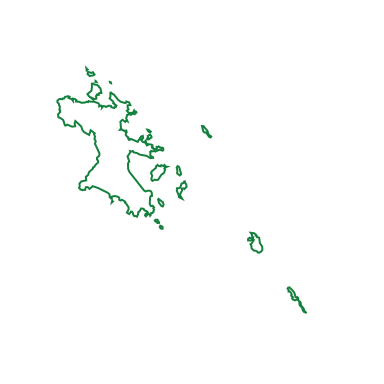 Mueang Phuket, Phuket, Thailand, rotated 304°
{"feature_id": "78962969B33531913696438", "entity_name": "Mueang Phuket", "entity_type": "district", "adm_level": 2, "iso_a3": "THA", "parent_name": "Thailand", "parent_adm1": "Phuket", "projection": "robinson", "projection_center": [98.375, 7.727], "detail": "fine", "context": "isolated", "style": "outline", "palette": "green", "viewbox_px": 384, "rotation_deg": 304, "n_neighbors": 0, "source": "geoboundaries", "source_scale": "gbopen_adm2", "svg_char_len": 5997}
<svg xmlns="http://www.w3.org/2000/svg" viewBox="0 0 384 384"><g transform="rotate(304 192 192)"><path d="M134.0,95.7L132.3,96.0L131.9,98.0L131.0,98.4L131.9,98.4L132.1,100.0L132.8,100.2L133.9,102.2L136.6,101.3L137.7,102.7L137.2,105.3L141.3,106.4L142.8,112.0L144.2,122.3L144.0,124.9L141.9,126.4L141.3,128.3L141.7,129.2L143.2,128.1L144.5,129.1L145.8,130.9L146.7,133.8L146.5,135.0L144.8,136.0L144.9,137.4L146.4,138.3L146.6,142.0L145.7,142.4L145.8,143.3L143.8,148.1L142.0,149.2L138.5,149.6L138.6,152.3L141.7,152.4L142.1,153.1L141.9,154.3L140.4,155.8L139.7,157.7L140.5,158.5L140.7,160.2L143.3,159.8L145.3,158.7L146.3,159.3L149.9,159.0L151.0,161.3L150.2,162.9L150.8,166.0L149.4,168.0L149.6,169.7L148.9,170.6L149.6,170.7L150.5,169.7L151.7,169.8L151.9,170.6L153.8,171.3L154.6,170.6L156.1,170.5L156.9,169.0L158.1,169.1L158.6,167.0L157.3,165.7L158.5,163.6L164.4,160.2L165.7,160.1L166.5,161.0L168.9,159.0L169.6,157.7L169.5,156.4L168.1,154.3L166.5,153.2L166.4,151.5L173.6,129.0L175.4,126.2L178.4,124.0L180.1,122.9L182.2,123.0L185.4,118.7L190.6,118.6L191.3,117.8L191.8,119.4L192.9,120.0L192.3,121.7L193.5,124.4L193.8,127.9L196.6,134.1L196.8,138.6L198.6,140.7L199.1,140.2L198.7,138.0L199.2,136.8L201.6,135.5L201.7,134.9L202.7,135.0L203.3,135.2L203.7,136.6L205.2,138.2L205.0,139.0L208.9,141.4L209.8,144.5L210.8,144.8L212.2,143.6L212.2,142.6L211.3,142.2L211.1,138.8L210.2,138.6L209.7,137.5L208.1,138.7L206.3,136.4L206.3,134.2L206.8,133.6L207.4,134.1L207.6,133.4L208.7,133.1L208.6,131.9L207.1,128.7L206.0,129.1L205.4,128.6L206.6,126.3L207.4,126.5L208.4,124.9L206.4,124.6L206.0,122.9L206.6,121.2L209.5,121.3L211.0,119.8L209.3,118.7L208.4,119.2L207.6,118.7L206.7,119.7L205.7,118.7L203.2,119.0L201.9,111.8L201.1,111.0L200.3,111.2L200.0,110.4L200.5,109.3L201.7,108.8L201.5,107.3L202.5,104.9L204.1,104.5L204.5,103.6L205.3,104.2L206.2,103.1L204.5,100.9L204.8,99.5L203.3,97.5L205.0,97.6L210.3,93.3L213.0,94.0L212.8,97.5L214.5,97.6L214.6,98.9L216.2,96.3L219.7,95.1L221.6,96.9L221.8,98.2L224.0,99.1L224.4,101.0L225.6,100.8L226.6,101.6L227.1,101.3L227.3,100.5L226.8,99.5L227.3,98.4L224.9,98.8L222.1,95.6L223.0,92.5L225.0,93.2L226.2,91.2L227.9,90.2L229.6,92.3L231.1,89.7L230.3,86.9L229.0,87.3L228.3,86.8L226.9,82.2L227.1,79.1L229.2,72.6L228.8,71.4L229.2,69.3L228.7,68.8L225.2,71.2L223.5,71.4L222.9,75.9L222.0,77.6L221.5,77.4L221.4,81.0L220.0,81.2L220.0,80.4L218.1,80.6L217.2,77.7L218.0,76.7L217.1,74.8L214.4,73.1L214.4,71.8L213.6,70.4L211.6,70.2L212.9,69.5L212.9,68.5L211.1,67.1L212.6,66.4L213.2,64.6L212.0,60.1L209.9,57.0L209.6,55.4L208.3,55.5L207.8,54.1L206.5,53.4L204.2,50.6L203.7,47.9L202.1,45.2L203.5,44.9L203.6,43.2L202.8,41.1L201.0,42.3L201.7,40.3L201.0,37.2L202.4,37.3L202.3,35.9L199.9,33.6L197.8,33.6L197.2,32.5L196.4,32.6L195.2,30.2L192.6,29.3L191.1,30.3L190.7,32.4L189.6,33.2L188.9,34.8L186.3,35.9L186.2,36.9L185.2,37.0L184.7,38.0L181.4,37.5L179.3,39.4L179.8,42.7L179.6,45.1L176.3,49.2L176.3,50.0L178.2,51.0L179.1,56.1L181.2,58.4L183.3,56.3L185.6,55.6L184.4,63.5L182.0,66.7L181.3,68.9L181.8,74.8L186.5,73.5L186.3,78.5L185.2,78.5L183.6,80.7L181.5,81.4L180.2,83.9L177.8,84.5L172.2,93.8L170.1,94.8L167.3,94.1L165.8,95.1L165.6,96.4L164.1,97.7L160.3,96.8L158.4,97.0L157.1,96.2L156.1,96.8L150.7,95.5L148.0,96.4L145.2,95.5L142.5,97.8L139.0,94.4L136.0,94.0L134.0,95.7ZM192.4,268.8L192.5,266.4L191.0,263.5L190.3,265.5L189.0,266.6L188.7,268.1L187.5,268.6L186.3,265.3L184.5,264.7L183.2,265.6L184.6,267.8L186.6,268.9L186.8,270.1L182.5,270.2L181.5,269.7L180.5,271.4L178.6,272.9L178.0,275.8L178.9,277.7L179.1,279.6L178.6,280.3L179.1,281.5L180.8,282.5L183.4,282.7L186.0,280.7L187.7,276.8L191.7,273.2L190.9,271.0L191.9,270.1L191.5,269.2L192.4,268.8ZM191.8,148.6L186.2,147.0L185.2,147.7L184.6,147.5L183.3,149.9L180.5,150.8L179.3,151.8L179.1,153.0L181.4,154.2L181.8,155.6L183.2,157.0L189.4,157.0L192.3,158.1L195.7,157.1L195.9,156.0L196.9,155.8L199.0,157.2L198.5,156.1L198.9,154.0L197.7,154.0L197.0,151.5L195.8,151.7L194.8,149.2L195.2,148.3L193.2,147.8L191.8,148.6ZM226.8,49.6L226.0,48.5L225.4,48.6L223.1,50.4L219.6,52.0L214.7,50.5L213.7,53.3L213.5,57.5L214.1,56.7L214.5,59.3L215.6,60.3L216.3,60.4L217.7,58.8L218.8,58.9L220.0,60.0L220.1,59.0L221.3,60.0L222.2,59.8L223.4,61.5L226.8,58.0L226.9,56.5L227.6,55.6L227.6,53.3L226.5,50.9L226.8,49.6ZM189.3,179.7L188.0,179.2L186.8,177.5L184.5,178.7L181.7,183.2L180.4,184.0L180.9,187.6L182.6,183.9L184.5,183.2L187.7,183.0L189.1,181.6L190.3,183.1L190.1,184.0L193.3,184.6L195.2,182.9L195.6,181.2L196.8,180.1L196.3,179.6L194.5,179.8L193.1,178.6L189.3,179.7ZM166.5,325.2L165.3,325.3L164.8,326.8L163.5,327.7L164.2,328.4L163.7,330.6L162.7,332.0L161.5,332.2L161.2,334.6L159.8,334.5L159.3,335.6L159.6,337.7L161.7,339.3L161.5,340.9L163.5,339.3L163.7,338.0L163.0,337.7L162.8,336.7L165.8,333.0L166.7,330.0L167.4,326.1L166.5,325.2ZM251.3,170.6L253.0,164.6L252.3,163.4L248.4,167.7L248.4,169.3L249.2,170.2L247.3,175.3L247.6,176.9L248.8,176.9L248.9,173.7L251.3,170.6ZM200.7,173.0L204.8,168.3L205.6,166.9L205.4,165.6L203.7,165.6L201.7,167.8L199.1,169.3L198.9,172.6L200.7,173.0ZM233.5,38.7L231.4,39.4L230.9,42.4L233.9,45.3L234.9,45.5L235.9,42.8L234.4,42.0L233.5,38.7ZM163.6,175.8L165.5,175.6L167.1,173.9L167.6,168.2L166.8,168.1L164.5,170.8L163.3,174.5L163.6,175.8ZM155.6,354.7L156.4,351.3L157.8,349.8L158.9,345.9L161.3,343.6L161.5,341.9L158.5,344.4L157.5,348.3L155.9,349.9L155.2,352.1L155.6,352.7L155.6,354.7ZM216.1,125.0L213.6,124.0L212.7,125.2L211.0,124.9L210.6,125.4L211.4,126.7L214.7,127.9L215.7,126.8L216.1,125.0ZM148.3,181.9L149.7,178.8L148.5,177.2L147.4,177.2L147.0,180.7L147.7,182.0L148.3,181.9ZM145.3,188.1L146.7,187.0L146.3,184.6L145.0,184.8L144.3,186.2L144.5,187.5L145.3,188.1ZM219.0,124.1L219.2,121.3L218.7,120.1L217.7,122.2L218.1,124.0L219.0,124.1ZM147.9,167.7L149.1,166.3L147.6,165.8L146.4,166.1L146.0,167.4L147.9,167.7ZM138.4,131.4L140.0,131.8L140.2,130.7L138.4,131.4ZM235.2,37.0L235.2,36.4L235.5,35.3L234.0,36.6L235.2,37.0ZM237.0,63.9L237.6,63.3L237.3,62.4L236.9,62.8L237.0,63.9ZM229.7,51.3L230.1,50.3L230.1,49.9L229.3,50.4L229.7,51.3Z" fill="none" stroke="#15803d" stroke-width="2"/></g></svg>